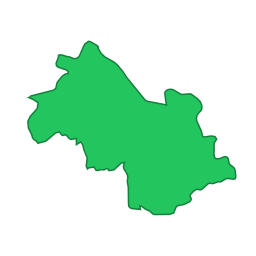 map outline of Isère (Equal Earth projection), rotated 350°
{"feature_id": "FRA-5311", "entity_name": "Isère", "entity_type": "Metropolitan department", "adm_level": 1, "iso_a3": "FRA", "parent_name": "France", "parent_adm1": "", "projection": "equal_earth", "projection_center": [5.636, 45.294], "detail": "fine", "context": "isolated", "style": "filled", "palette": "green", "viewbox_px": 256, "rotation_deg": 350, "n_neighbors": 0, "source": "natural_earth", "source_scale": "10m", "svg_char_len": 2475}
<svg xmlns="http://www.w3.org/2000/svg" viewBox="0 0 256 256"><g transform="rotate(350 128 128)"><path d="M63.1,124.1L62.0,123.8L61.0,122.6L60.6,121.4L60.0,120.4L58.3,119.9L55.6,120.5L44.7,126.7L36.6,127.4L36.6,127.0L35.1,124.7L33.2,122.9L32.3,121.0L32.0,117.9L31.6,116.5L29.9,110.8L30.5,104.1L33.7,99.6L42.0,93.0L43.9,87.6L40.2,84.0L35.7,80.8L36.2,80.8L37.8,79.6L61.4,77.8L63.9,76.2L65.7,71.7L66.6,70.3L72.2,65.6L75.5,64.0L78.4,64.0L78.7,61.7L77.4,60.1L69.8,56.1L68.4,54.3L68.4,51.8L71.6,46.5L72.2,44.3L74.1,44.2L76.0,44.8L80.0,46.9L82.9,47.9L86.4,50.1L88.7,50.6L90.9,50.0L92.8,48.4L98.4,39.9L100.2,37.7L101.8,36.8L103.0,36.5L103.6,36.0L104.5,35.8L106.4,36.8L111.9,41.4L112.4,42.2L112.9,43.1L112.7,43.2L112.4,43.4L112.2,43.5L114.3,49.5L117.6,54.0L126.0,61.0L128.3,63.8L132.5,71.0L135.3,77.6L149.5,103.1L151.3,104.9L170.1,112.0L169.8,109.3L170.2,101.2L170.6,99.1L172.5,97.6L174.6,97.1L176.8,97.3L179.0,98.0L186.4,104.3L194.9,105.1L196.1,105.6L201.4,111.1L203.7,114.6L204.6,118.6L204.0,122.1L202.5,123.9L200.5,125.2L198.5,127.1L197.1,130.0L196.9,132.9L199.7,143.7L200.0,148.6L200.5,149.7L201.7,150.1L208.6,150.3L212.2,151.6L213.4,154.4L210.5,157.5L210.2,158.4L209.6,160.5L209.3,163.2L208.1,168.7L208.1,171.4L208.7,173.1L209.9,173.6L211.0,173.9L212.6,174.1L218.2,173.0L219.4,173.2L220.7,174.2L221.2,175.3L221.4,176.7L221.4,180.1L221.9,181.5L222.9,182.7L224.0,183.8L225.4,185.5L225.9,186.8L226.1,188.0L225.9,192.6L225.6,195.0L225.2,195.9L224.6,196.6L223.7,196.7L222.6,196.6L218.3,195.2L217.2,195.0L216.1,195.0L214.8,195.3L210.8,196.9L209.6,197.1L207.4,196.7L206.2,196.7L202.6,197.5L201.5,197.4L199.2,196.7L198.0,196.6L196.8,197.1L190.5,201.0L189.3,201.4L188.1,201.4L186.1,200.6L185.0,200.4L183.8,200.6L182.7,201.1L180.7,202.3L177.8,204.5L177.3,205.5L177.5,206.8L177.9,207.9L177.8,209.4L177.0,210.4L176.0,211.3L171.2,212.7L168.7,213.1L165.1,213.0L163.8,213.2L162.2,213.7L161.2,214.9L158.2,219.7L153.5,220.2L139.0,217.8L137.6,217.0L134.9,213.5L131.2,211.1L128.3,207.9L126.1,206.8L126.1,210.4L117.2,207.8L115.3,205.7L115.3,202.9L118.0,186.4L118.0,180.6L119.2,176.6L119.4,174.9L118.3,170.9L117.0,168.1L116.7,165.3L118.6,161.4L115.1,161.5L106.9,166.8L102.0,166.7L101.5,166.2L101.1,164.7L100.8,164.4L99.5,164.3L97.0,165.1L93.5,164.2L91.2,164.7L89.2,164.1L87.7,160.6L82.6,160.4L81.0,161.3L80.2,158.4L82.6,150.5L80.8,141.8L80.5,136.6L79.0,133.5L74.3,135.4L75.4,129.4L69.8,129.3L68.1,128.0L66.3,124.7L65.5,123.8L63.1,124.1Z" fill="#22c55e" stroke="#15803d" stroke-width="1.5"/></g></svg>